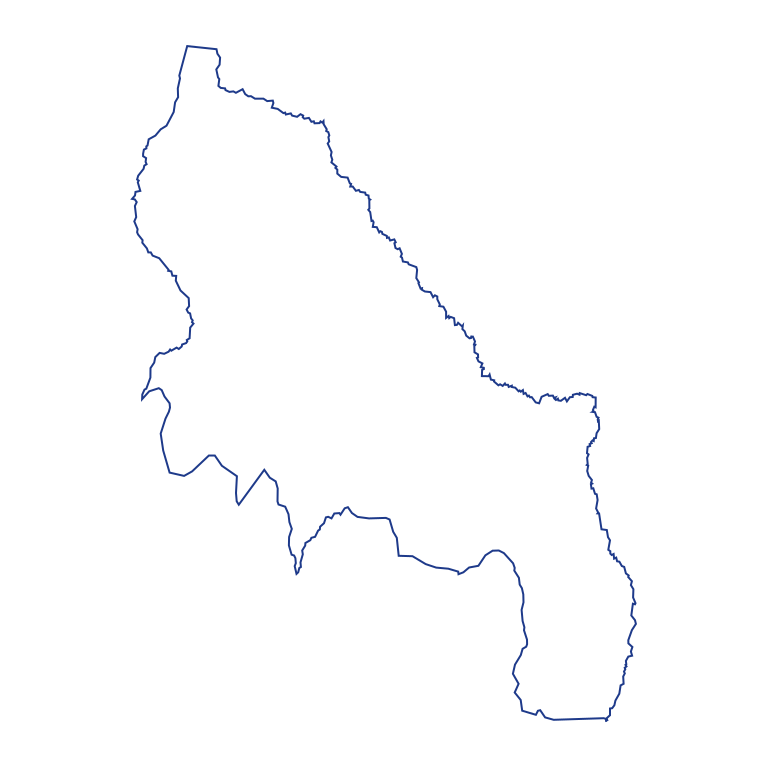 Luwingu, Northern, Zambia
{"feature_id": "96606910B28047609597150", "entity_name": "Luwingu", "entity_type": "district", "adm_level": 2, "iso_a3": "ZMB", "parent_name": "Zambia", "parent_adm1": "Northern", "projection": "equal_earth", "projection_center": [30.347, -10.552], "detail": "fine", "context": "isolated", "style": "outline", "palette": "blue", "viewbox_px": 768, "rotation_deg": 0, "n_neighbors": 0, "source": "geoboundaries", "source_scale": "gbopen_adm2", "svg_char_len": 6102}
<svg xmlns="http://www.w3.org/2000/svg" viewBox="0 0 768 768"><path d="M605.7,718.8L606.3,721.9L606.0,720.1L607.2,720.0L606.6,718.3L610.0,715.2L610.0,708.5L612.2,708.2L614.4,705.2L615.4,700.6L619.3,693.7L620.6,685.4L623.6,683.8L623.2,676.5L624.8,673.4L624.0,671.6L625.3,669.2L624.7,667.8L626.5,666.4L625.5,664.9L626.3,664.3L625.9,660.9L628.3,656.6L632.1,655.7L630.9,651.5L632.4,647.0L628.4,643.4L628.3,640.2L631.9,630.1L635.9,623.9L635.0,620.2L631.3,615.5L632.9,603.7L635.0,604.3L635.5,603.2L633.1,597.5L633.4,589.2L630.9,585.1L631.9,581.2L628.2,577.0L628.7,575.5L625.9,573.4L624.2,566.9L621.8,566.0L619.4,561.7L617.1,561.3L616.2,557.6L614.1,558.6L613.6,554.0L611.7,555.0L610.3,553.6L610.3,551.2L608.3,549.8L610.0,540.3L608.0,537.2L606.8,530.0L601.5,529.3L599.1,513.5L597.6,513.4L598.2,512.6L596.1,508.5L597.6,500.0L596.7,494.3L595.0,493.8L593.3,488.3L591.5,488.6L590.9,484.2L592.2,483.6L591.1,482.6L591.9,480.0L588.7,475.9L587.2,471.0L588.2,465.6L586.8,465.0L587.7,464.0L587.1,457.9L588.6,454.4L587.0,453.2L587.6,446.8L590.1,446.0L589.6,444.1L591.7,443.2L591.0,442.1L592.5,440.4L593.7,441.0L594.0,438.3L595.9,438.0L596.6,433.2L599.2,429.1L598.8,420.7L598.0,421.3L597.7,419.3L598.5,417.7L596.6,416.8L595.0,412.2L592.6,411.9L593.7,411.3L592.9,410.1L594.3,406.7L595.6,407.3L595.7,397.5L592.6,397.2L592.3,395.9L587.4,394.0L586.2,395.2L579.7,393.1L579.5,394.7L577.1,393.7L572.9,394.8L572.7,397.0L569.9,397.2L566.9,401.4L565.0,397.8L560.9,400.8L558.3,400.4L557.9,398.7L555.9,400.0L554.6,398.8L555.5,397.4L554.0,397.9L552.9,395.6L548.8,395.8L547.7,394.1L541.6,396.8L539.1,403.3L535.7,402.4L531.7,397.1L530.0,397.3L528.9,395.6L527.5,396.4L525.6,393.0L523.6,393.9L522.9,390.1L520.8,391.7L519.7,390.5L518.6,391.3L515.3,387.7L511.8,387.0L511.8,385.7L508.7,386.9L508.0,384.8L505.5,384.8L504.9,383.5L502.7,385.9L500.1,384.3L498.4,385.3L494.0,381.5L494.2,380.3L490.9,379.6L489.6,374.5L488.6,376.2L481.9,376.1L482.1,369.9L483.9,369.0L483.8,367.8L480.8,367.2L482.4,363.4L478.5,361.4L476.9,357.9L478.1,357.4L478.0,354.4L474.5,352.3L474.3,345.5L475.2,345.2L475.4,344.7L474.0,344.4L475.0,341.5L472.9,336.7L471.7,337.0L471.4,335.7L471.0,338.0L469.5,338.3L466.2,335.6L464.7,331.3L462.4,329.1L462.8,325.5L462.1,326.4L458.1,322.8L456.9,324.9L454.9,325.1L454.1,318.2L450.7,316.9L449.2,318.1L448.6,316.0L446.1,317.9L446.1,311.7L443.4,306.7L439.3,306.1L439.8,304.4L437.3,299.3L437.3,296.5L434.9,295.3L433.1,297.2L430.5,292.1L424.9,291.5L421.8,289.7L422.0,288.2L420.6,288.6L418.4,283.1L419.0,282.4L416.3,278.1L417.1,269.9L416.3,267.1L408.7,264.3L407.9,262.4L402.9,261.5L402.0,257.6L400.7,256.7L401.9,253.9L399.6,248.3L397.7,249.2L395.5,248.0L394.4,243.2L395.7,242.3L394.3,239.4L390.1,240.5L388.8,237.4L387.0,237.9L386.8,235.9L382.4,233.9L381.9,231.9L380.3,231.2L379.2,232.4L376.8,227.2L372.8,226.9L373.6,222.2L372.7,220.6L371.5,221.0L370.2,212.1L368.3,209.8L369.4,208.5L369.3,200.2L370.2,199.6L368.8,198.6L368.5,195.5L365.7,194.7L365.2,192.6L360.2,191.9L358.9,190.0L355.9,190.8L352.7,186.5L350.3,186.5L351.1,183.9L349.8,183.3L347.6,177.6L341.2,176.9L337.3,173.6L337.3,169.6L335.4,167.9L336.5,166.6L331.4,162.4L332.3,159.7L330.9,155.4L331.6,152.0L327.7,143.5L329.2,141.4L328.4,137.1L329.3,135.4L328.3,132.1L326.2,131.0L326.7,129.2L323.7,124.3L323.5,121.1L322.3,122.6L320.5,121.4L319.6,123.1L314.5,123.3L313.8,121.3L311.4,121.8L308.9,117.9L304.3,118.7L302.7,117.2L303.2,115.6L300.5,114.2L297.1,116.8L292.1,115.6L290.8,113.4L285.8,114.5L285.2,112.6L283.4,113.1L277.7,108.9L271.8,107.7L273.4,103.0L272.8,100.6L267.2,101.1L263.5,98.7L255.0,98.7L251.0,96.2L248.3,96.3L245.2,94.1L242.6,89.2L235.9,92.8L233.4,91.4L229.4,91.9L225.5,90.1L225.1,88.4L220.7,87.9L218.4,85.9L219.3,79.1L218.0,77.4L216.3,69.4L219.6,64.7L220.1,57.6L217.4,53.7L216.5,49.2L187.2,46.1L179.3,75.6L180.0,78.4L177.8,88.4L178.1,97.2L175.1,102.3L173.7,112.0L166.5,125.7L160.7,129.3L155.4,135.6L148.7,139.3L147.5,145.5L146.3,146.4L146.4,148.4L143.9,149.6L143.1,153.8L143.1,156.2L146.1,158.1L145.6,161.9L146.6,164.2L144.3,165.6L143.6,168.8L138.2,175.7L137.1,179.5L138.7,180.6L137.8,182.3L140.3,190.9L135.5,191.9L135.0,195.5L132.1,198.9L134.8,199.4L136.7,202.1L134.9,206.0L136.2,217.1L134.3,221.4L137.6,229.2L137.1,232.2L138.0,234.4L142.6,240.2L142.3,242.7L146.9,248.4L148.3,252.4L150.8,252.4L152.6,255.6L159.2,258.2L168.6,269.8L168.2,270.8L171.3,271.4L172.4,275.7L176.2,275.9L175.8,280.7L180.5,290.5L188.7,298.1L189.1,306.1L186.6,309.5L188.2,312.6L190.1,313.4L191.1,318.4L192.7,320.4L192.0,322.2L193.5,323.6L190.2,327.6L189.6,338.3L186.8,340.0L187.3,341.4L186.1,343.1L182.1,344.5L181.7,346.5L178.8,349.0L176.6,347.6L171.3,350.7L170.1,349.5L168.6,351.7L164.2,353.8L159.6,352.9L155.3,357.1L154.2,362.6L150.5,368.1L150.4,377.6L146.3,388.7L144.5,389.6L142.3,394.5L142.1,399.2L149.2,391.3L158.8,388.2L161.7,390.1L164.5,396.5L169.6,403.3L170.0,407.6L168.9,411.7L165.5,418.6L160.7,433.6L163.2,450.5L169.6,472.6L184.1,475.9L192.1,471.4L208.9,455.5L214.8,455.5L221.9,465.8L236.9,476.2L236.0,493.0L236.7,501.3L238.8,504.7L264.3,469.8L269.8,477.7L275.7,481.4L277.7,488.5L277.5,501.4L278.5,504.5L285.2,506.7L288.5,514.2L289.4,522.1L291.8,528.9L289.1,537.0L288.9,545.4L291.6,554.7L294.1,555.5L295.4,558.2L295.8,563.2L294.7,566.1L296.5,573.9L298.2,572.3L299.3,568.0L300.9,567.0L300.5,562.4L302.8,554.3L302.2,550.5L305.2,545.6L305.4,543.0L310.3,540.2L311.4,537.8L315.1,536.8L318.1,530.6L319.8,529.5L320.1,526.7L324.0,523.2L325.9,517.4L328.2,516.8L331.5,518.4L334.3,513.5L339.4,513.1L340.5,514.7L344.7,508.3L347.9,507.2L351.9,513.0L357.5,516.9L369.0,518.4L385.9,517.9L389.6,519.5L393.2,531.8L396.8,537.8L398.7,555.8L412.5,556.2L425.7,564.1L436.2,567.6L448.3,568.7L458.2,571.6L458.5,574.2L463.4,572.3L469.1,567.5L478.4,565.8L485.4,555.3L492.6,550.7L498.8,550.5L503.9,553.1L513.1,563.3L514.7,567.9L514.3,570.6L518.9,577.8L519.7,584.6L521.9,588.2L523.3,594.4L523.5,602.3L521.6,609.9L522.6,621.0L524.4,627.3L524.0,630.3L527.0,639.6L527.1,644.2L526.2,646.7L522.6,648.8L520.8,655.1L515.0,664.6L512.9,673.8L518.6,683.8L514.7,692.5L520.7,700.0L522.2,710.7L535.9,714.8L537.9,710.8L540.2,710.2L545.1,717.4L553.7,719.8L603.7,718.2L605.7,718.8Z" fill="none" stroke="#1e3a8a" stroke-width="2"/></svg>